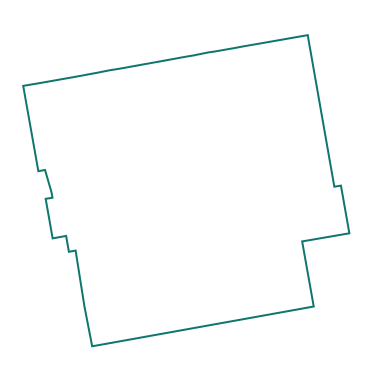 Kootenai, Idaho, United States of America, rotated 80°
{"feature_id": "52423323B63965219739114", "entity_name": "Kootenai", "entity_type": "district", "adm_level": 2, "iso_a3": "USA", "parent_name": "United States of America", "parent_adm1": "Idaho", "projection": "robinson", "projection_center": [-116.9, 47.679], "detail": "fine", "context": "isolated", "style": "outline", "palette": "teal", "viewbox_px": 384, "rotation_deg": 80, "n_neighbors": 0, "source": "geoboundaries", "source_scale": "gbopen_adm2", "svg_char_len": 722}
<svg xmlns="http://www.w3.org/2000/svg" viewBox="0 0 384 384"><g transform="rotate(80 192 192)"><path d="M57.6,50.8L57.6,56.1L57.6,59.8L57.5,116.3L57.6,124.1L57.6,144.8L57.4,150.5L57.4,151.3L57.4,153.0L57.6,160.6L57.6,161.1L57.7,165.0L57.8,165.3L57.7,171.2L57.7,178.9L57.8,189.9L57.8,191.4L57.8,192.3L57.9,218.1L58.0,241.5L57.9,248.8L57.8,249.0L58.0,260.9L58.1,263.5L58.1,265.9L58.3,287.0L58.3,293.8L58.3,307.3L58.3,317.9L58.3,324.2L58.2,335.6L58.2,339.8L144.8,339.7L144.8,332.9L167.9,330.4L173.4,330.4L173.3,337.3L213.5,337.3L213.4,323.6L229.5,323.6L229.5,316.8L286.3,317.8L326.6,317.1L325.9,92.0L259.8,92.1L260.0,44.2L211.6,44.2L211.5,50.9L187.0,50.9L57.6,50.8Z" fill="none" stroke="#0f766e" stroke-width="2"/></g></svg>